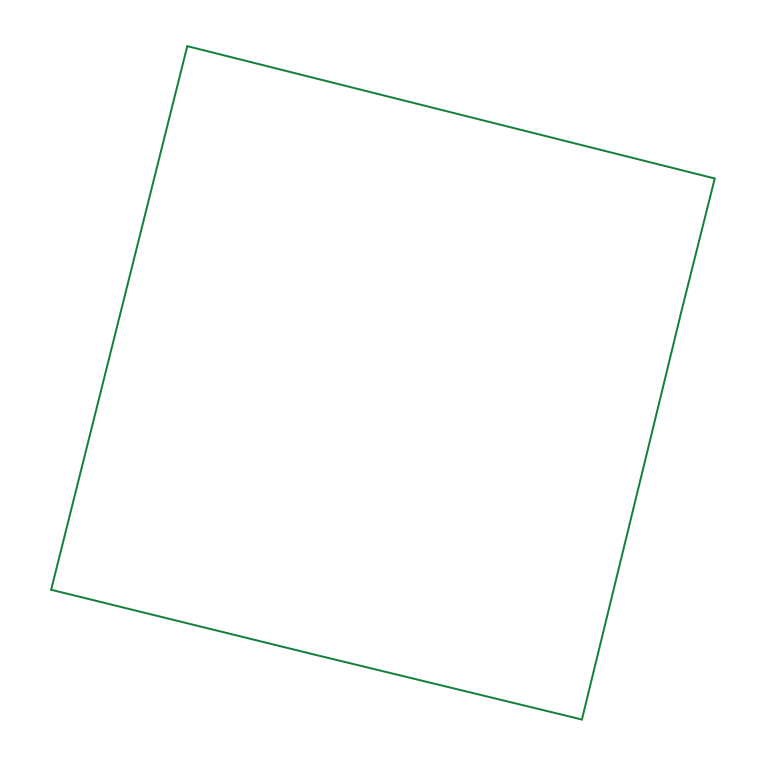 outline of Marshall, Iowa, United States of America, rotated 104°
{"feature_id": "52423323B44218034529984", "entity_name": "Marshall", "entity_type": "district", "adm_level": 2, "iso_a3": "USA", "parent_name": "United States of America", "parent_adm1": "Iowa", "projection": "equal_earth", "projection_center": [-93.014, 42.036], "detail": "fine", "context": "isolated", "style": "outline", "palette": "green", "viewbox_px": 768, "rotation_deg": 104, "n_neighbors": 0, "source": "geoboundaries", "source_scale": "gbopen_adm2", "svg_char_len": 262}
<svg xmlns="http://www.w3.org/2000/svg" viewBox="0 0 768 768"><g transform="rotate(104 384 384)"><path d="M104.6,112.8L103.8,656.6L664.2,657.2L663.4,385.7L661.7,110.8L380.7,112.2L241.2,113.0L104.6,112.8Z" fill="none" stroke="#15803d" stroke-width="2"/></g></svg>